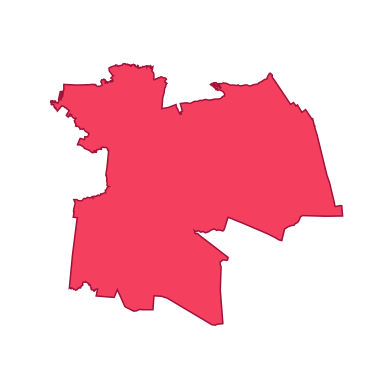 outline of Spineni, Olt, Romania, rotated 278°
{"feature_id": "2599482B91158629035483", "entity_name": "Spineni", "entity_type": "district", "adm_level": 2, "iso_a3": "ROU", "parent_name": "Romania", "parent_adm1": "Olt", "projection": "equal_earth", "projection_center": [24.571, 44.715], "detail": "fine", "context": "isolated", "style": "filled", "palette": "rose", "viewbox_px": 384, "rotation_deg": 278, "n_neighbors": 0, "source": "geoboundaries", "source_scale": "gbopen_adm2", "svg_char_len": 5919}
<svg xmlns="http://www.w3.org/2000/svg" viewBox="0 0 384 384"><g transform="rotate(278 192 192)"><path d="M319.0,255.2L320.6,252.9L320.5,252.6L319.1,251.7L315.9,250.5L314.8,250.6L314.0,250.0L313.7,248.5L310.3,244.5L309.6,243.1L308.2,242.3L306.7,237.7L305.0,234.9L305.2,233.0L305.6,232.0L305.6,230.5L303.9,225.5L303.8,224.3L304.5,222.8L303.7,221.5L303.7,217.5L303.1,215.3L304.4,210.6L304.3,207.7L303.5,206.4L302.9,202.9L299.5,206.0L298.8,205.5L300.6,203.7L300.5,203.4L302.9,201.1L303.5,200.9L303.4,198.8L303.1,198.3L300.5,200.6L300.2,201.5L299.1,202.5L298.1,202.8L297.5,202.0L298.0,201.1L302.4,197.3L302.1,196.5L301.0,195.3L300.7,195.6L300.0,197.5L297.9,200.6L296.6,201.7L296.8,202.2L296.3,203.5L296.8,203.9L296.8,205.6L296.2,207.6L295.3,209.2L294.3,210.2L293.2,210.7L291.6,210.8L291.5,210.0L290.5,208.8L288.8,207.7L287.9,205.8L287.2,201.9L286.6,199.8L286.2,199.4L285.4,196.0L285.2,196.0L285.6,192.7L284.6,190.3L284.0,189.8L284.1,188.2L283.6,186.5L282.6,185.3L282.1,181.7L280.0,178.8L279.3,177.2L279.6,175.7L279.3,172.9L278.0,168.1L270.6,171.2L269.9,169.9L267.8,170.6L267.3,169.6L267.3,169.3L269.0,168.6L269.0,168.0L272.8,165.9L273.3,165.0L276.4,164.0L272.5,157.0L270.4,150.6L281.5,149.9L286.7,150.6L290.4,150.5L293.2,151.3L294.4,151.2L296.0,152.1L296.9,150.6L296.8,150.0L298.6,149.8L300.0,151.0L300.8,150.4L301.3,149.3L300.9,148.2L301.8,145.8L301.6,144.9L300.6,143.7L300.5,142.8L299.4,141.9L299.0,140.5L298.4,140.1L297.9,138.7L298.4,138.3L299.3,138.5L303.6,137.8L305.1,136.9L305.9,135.6L310.7,135.8L310.2,135.1L309.3,135.1L308.9,135.6L308.4,135.1L309.1,134.7L308.9,134.3L310.1,134.0L309.6,133.7L310.7,133.5L310.4,133.4L311.0,133.1L310.3,132.7L310.8,132.3L310.7,130.6L310.2,130.7L310.0,130.1L309.4,130.0L310.7,129.5L309.8,129.5L310.5,129.2L309.4,127.0L309.4,125.9L309.0,126.0L308.4,125.2L308.5,124.1L307.8,123.6L307.8,123.0L307.2,122.3L309.4,121.3L309.7,120.5L307.8,120.5L308.3,119.9L308.4,118.5L308.8,118.7L309.6,118.2L309.5,117.7L310.0,117.4L309.8,116.4L310.2,116.0L309.6,115.6L309.4,114.2L308.1,114.3L307.9,113.9L308.4,113.5L309.0,112.6L308.8,112.4L309.4,112.0L309.2,111.2L309.5,110.6L309.1,110.5L309.4,109.4L309.1,108.8L309.7,108.3L309.5,106.1L307.9,105.1L306.8,102.2L306.0,101.5L306.4,100.6L307.1,100.1L307.2,98.9L306.4,98.9L306.5,98.4L304.6,94.4L303.1,92.5L300.3,93.3L296.2,97.3L296.2,97.9L293.6,95.8L292.9,96.8L292.8,97.6L290.6,98.2L290.1,97.2L291.1,97.0L290.8,95.8L289.7,95.8L289.8,94.6L288.4,93.2L289.1,93.0L289.6,91.9L288.4,92.0L287.8,91.4L287.7,90.9L291.0,90.4L291.4,88.9L290.8,88.8L290.5,86.9L288.4,86.4L287.6,87.4L285.4,88.1L283.6,85.8L283.8,85.0L283.4,83.9L283.9,82.3L284.9,81.7L285.0,80.9L284.4,80.2L284.9,79.1L283.9,75.1L281.8,62.6L280.7,50.1L275.3,50.9L274.6,50.4L273.2,50.7L269.3,50.5L271.0,49.6L265.2,49.4L265.3,48.7L273.3,49.2L273.4,48.5L273.1,47.6L265.2,47.0L265.1,47.6L261.4,46.9L261.7,45.9L261.5,45.6L261.7,44.2L262.9,44.4L263.2,43.6L261.5,43.1L261.6,42.4L262.4,42.6L262.9,41.4L263.0,41.0L262.3,40.7L262.7,39.7L261.1,39.5L260.8,39.9L261.2,41.0L260.6,41.0L259.4,40.3L258.8,40.9L259.3,42.6L258.2,43.4L256.9,43.6L256.4,45.1L255.8,44.9L255.6,45.6L254.8,46.0L254.6,46.8L253.4,47.4L259.1,51.0L259.1,52.2L258.8,53.2L257.9,54.4L258.1,54.8L257.8,55.8L257.2,56.0L255.6,59.1L250.5,56.8L249.1,58.7L249.1,59.3L252.2,60.4L251.7,62.1L250.4,61.5L250.5,62.3L249.0,63.9L248.4,65.7L249.1,66.5L248.9,66.9L246.1,65.5L245.2,66.4L244.3,66.3L243.2,67.6L241.2,67.5L240.9,68.8L241.2,70.0L240.1,71.6L238.6,72.4L239.0,73.3L238.8,74.6L239.7,75.7L237.4,77.8L235.5,81.9L232.1,81.0L231.9,78.2L228.8,78.2L229.6,74.3L229.4,73.7L222.9,72.0L222.7,72.8L223.2,74.5L221.5,78.3L220.2,79.5L218.9,84.7L217.0,87.7L217.4,89.2L219.3,89.2L219.3,90.3L217.9,90.5L218.0,91.7L220.5,91.8L220.8,93.1L221.6,94.1L221.7,95.2L222.1,95.4L221.5,95.8L221.6,96.3L223.2,96.3L223.8,96.5L223.9,96.9L224.0,97.9L223.8,99.3L224.2,100.5L224.1,101.2L223.3,102.2L222.8,102.1L222.5,102.7L221.4,103.0L221.4,103.7L204.5,104.4L196.7,104.3L196.4,105.0L195.3,105.0L193.8,105.8L191.1,106.0L188.7,106.9L186.9,106.8L186.1,107.7L185.9,109.2L184.6,107.5L182.1,106.7L181.6,105.9L179.3,106.5L177.7,103.1L177.2,102.8L177.4,101.9L175.6,101.4L175.9,99.4L175.1,98.8L175.0,98.1L174.0,96.9L174.3,95.6L172.2,94.8L173.6,93.8L172.0,92.2L172.1,89.1L170.6,87.6L170.6,85.9L168.4,84.4L167.7,83.1L167.7,80.3L168.5,79.0L168.0,76.0L164.8,77.9L158.9,77.3L156.0,77.4L156.0,78.0L150.5,77.9L150.6,81.9L113.2,82.4L79.8,83.9L80.2,84.3L80.3,85.0L79.4,85.4L79.3,85.8L79.8,86.2L80.2,85.9L80.3,86.2L80.0,87.3L79.0,88.4L79.3,89.5L78.6,90.5L79.1,91.6L80.7,92.5L80.8,93.3L81.8,93.6L81.5,95.0L83.5,95.4L84.2,96.6L85.0,96.8L86.7,96.3L87.6,96.7L87.5,97.5L88.5,99.0L87.9,99.3L87.8,100.6L87.3,101.8L86.5,102.1L86.4,103.0L85.6,103.0L85.8,104.0L83.8,104.8L83.0,105.7L82.4,105.4L81.2,106.0L81.4,107.1L80.9,107.9L81.0,108.5L80.4,108.5L80.2,108.9L81.0,109.8L81.5,109.6L82.2,110.0L82.8,111.9L75.7,111.6L76.8,129.6L84.8,131.7L69.1,141.6L65.9,150.8L66.6,153.6L68.4,156.5L68.6,159.9L70.0,169.7L83.9,168.8L84.5,176.2L83.5,182.1L63.4,230.0L63.4,233.7L64.5,235.3L66.0,240.9L98.6,233.7L122.0,231.2L124.9,229.7L126.7,229.8L128.8,231.8L129.2,233.0L129.1,235.9L129.7,236.7L132.2,236.9L150.3,205.1L151.6,203.4L151.3,201.5L151.7,200.6L154.0,199.8L153.4,200.6L153.3,201.7L154.7,203.6L153.5,205.9L153.7,207.0L154.5,208.3L153.4,210.9L155.0,214.1L157.1,216.2L158.4,218.9L158.3,219.9L157.4,221.7L158.3,224.0L158.0,224.9L158.2,226.0L157.6,227.4L157.9,228.3L159.1,229.0L161.5,229.5L172.0,231.2L167.9,247.8L161.1,272.8L158.5,280.6L156.8,284.4L156.3,287.7L168.1,288.8L170.8,291.8L172.6,295.0L173.4,297.8L175.1,298.6L176.4,300.7L178.3,301.8L182.5,302.8L184.0,304.6L186.6,327.7L189.2,344.5L199.2,342.2L199.2,340.7L197.6,336.0L197.7,335.5L200.8,334.6L220.6,326.8L227.1,323.4L266.2,307.8L272.7,304.7L274.1,304.5L273.9,304.2L281.3,301.3L280.7,300.8L289.4,293.0L286.2,289.7L292.9,284.3L291.7,282.9L294.7,280.1L292.5,277.4L312.9,259.2L315.6,256.7L315.9,256.0L317.3,255.4L319.0,255.2Z" fill="#f43f5e" stroke="#9f1239" stroke-width="1.5"/></g></svg>